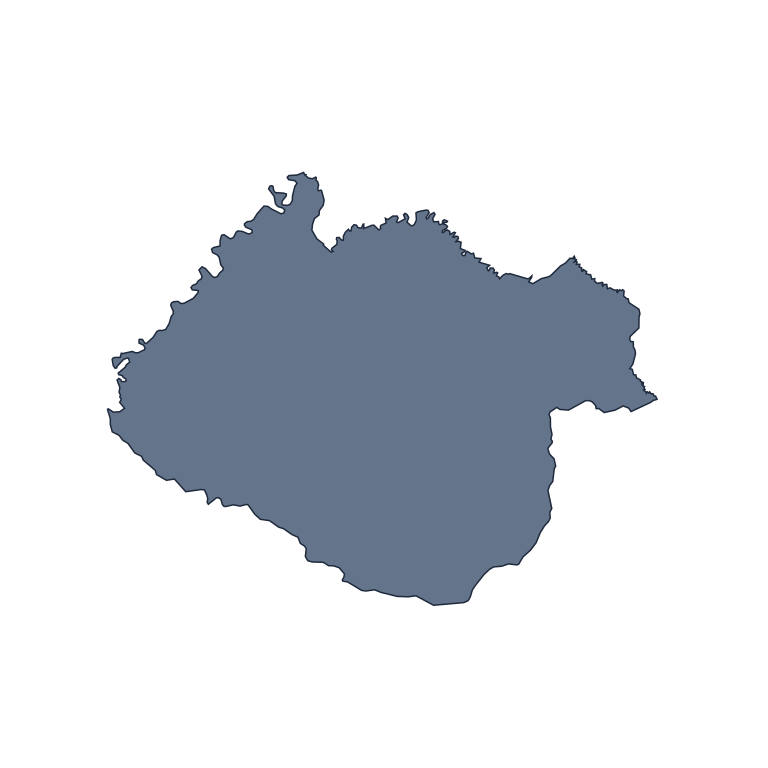 Khutlo-se-Metsi, Thaba-Tseka, Lesotho (Natural Earth projection), rotated 58°
{"feature_id": "5366337B67147005930942", "entity_name": "Khutlo-se-Metsi", "entity_type": "district", "adm_level": 2, "iso_a3": "LSO", "parent_name": "Lesotho", "parent_adm1": "Thaba-Tseka", "projection": "natural_earth1", "projection_center": [28.357, -29.676], "detail": "fine", "context": "isolated", "style": "filled", "palette": "slate", "viewbox_px": 768, "rotation_deg": 58, "n_neighbors": 0, "source": "geoboundaries", "source_scale": "gbopen_adm2", "svg_char_len": 6170}
<svg xmlns="http://www.w3.org/2000/svg" viewBox="0 0 768 768"><g transform="rotate(58 384 384)"><path d="M547.2,512.3L550.0,509.0L553.5,501.1L559.0,497.1L571.2,485.3L577.3,476.2L580.6,469.1L597.9,459.2L611.7,432.1L612.3,427.4L610.3,423.7L605.4,418.1L603.3,413.4L598.6,400.3L597.1,392.9L597.2,388.0L600.9,380.8L602.6,373.7L607.8,367.2L608.2,365.3L604.3,357.8L602.5,347.7L599.2,339.1L592.9,330.3L589.4,323.2L587.8,317.5L585.9,314.2L580.5,311.2L578.5,307.7L561.2,301.4L557.9,297.3L556.1,292.6L546.2,284.6L544.6,281.9L537.5,279.4L531.7,280.7L526.6,279.7L525.2,278.8L523.0,272.6L521.8,271.6L519.3,271.7L515.7,268.2L508.7,265.6L500.8,260.8L497.5,260.3L495.7,258.2L495.4,249.9L498.8,248.3L503.9,241.4L505.0,221.8L506.8,218.9L509.2,217.0L514.4,215.9L517.3,217.2L518.7,214.8L524.9,212.4L528.6,202.0L529.4,192.8L534.0,189.3L538.3,189.1L540.9,167.6L540.6,164.7L541.7,160.5L538.2,160.1L537.6,161.3L534.8,161.0L534.0,162.6L531.4,162.8L531.9,164.3L530.2,164.9L530.8,166.4L529.4,165.9L526.8,167.2L526.3,166.9L526.8,165.6L524.6,165.4L524.2,164.4L522.9,165.4L520.2,163.3L519.7,163.9L520.4,165.0L518.8,164.2L517.6,165.1L516.5,164.4L512.5,166.6L509.8,165.6L508.4,167.4L503.1,165.7L501.2,167.4L498.9,162.3L491.7,154.7L488.1,153.1L484.9,152.9L480.2,150.2L478.8,152.2L476.2,152.0L474.0,149.7L471.6,138.2L462.5,132.3L460.0,129.7L455.7,128.2L445.0,133.1L441.1,131.8L440.4,132.9L436.4,134.2L432.4,131.1L430.5,131.6L430.5,133.4L428.9,134.4L430.1,137.6L429.0,137.7L427.8,136.3L426.5,138.9L422.2,141.4L421.6,144.1L417.6,142.3L416.3,144.6L416.8,146.7L415.3,146.4L414.4,144.8L413.5,145.0L411.6,149.9L408.1,150.9L406.3,149.4L405.2,152.2L400.9,150.9L397.7,154.3L396.1,152.6L392.6,154.3L393.7,155.9L392.9,156.4L390.2,154.9L388.0,156.4L386.3,154.5L384.4,157.5L382.9,155.6L381.8,155.7L381.3,157.8L380.4,155.0L378.1,156.8L378.1,155.2L376.4,155.0L377.5,157.6L375.9,159.6L377.6,166.1L377.4,171.7L380.4,185.1L380.3,187.5L378.0,194.7L377.8,204.6L374.1,207.2L371.8,202.2L370.6,201.3L371.4,205.1L370.7,206.7L357.1,218.8L356.9,220.2L355.1,221.8L354.8,225.4L356.0,230.2L354.1,229.9L351.7,231.3L349.9,228.7L349.0,229.2L348.0,232.3L345.8,230.0L343.5,230.1L341.9,232.5L343.3,234.5L343.3,235.6L339.8,235.2L339.3,231.5L331.1,238.8L329.0,235.3L325.2,240.2L320.5,238.8L320.1,240.9L315.4,243.2L315.8,244.9L317.9,247.2L317.3,248.7L316.0,249.2L314.5,249.1L314.4,245.5L313.7,244.4L309.6,247.5L304.7,243.5L302.6,245.0L301.4,247.6L300.1,243.8L298.1,243.2L296.6,244.8L296.8,247.0L295.8,247.7L293.5,243.3L292.4,244.1L292.2,248.7L289.4,247.4L286.9,248.6L286.5,251.0L287.0,253.1L286.4,254.3L284.8,252.9L285.1,248.9L284.3,246.8L282.6,246.8L280.3,248.4L278.8,247.9L280.1,245.1L279.5,243.9L276.6,245.9L276.9,248.1L279.2,249.4L278.5,252.2L277.4,252.7L275.1,251.7L272.8,255.9L269.7,255.2L267.1,250.8L265.1,250.8L264.8,254.9L266.7,258.6L266.7,260.2L265.2,260.1L262.7,255.0L260.1,254.6L258.8,256.1L255.8,264.2L255.8,266.2L262.1,269.6L264.7,273.6L264.9,276.0L264.0,277.2L258.9,278.7L255.9,274.8L252.6,274.6L250.4,275.7L250.9,277.8L255.1,278.5L254.6,286.5L253.2,287.5L250.7,284.1L248.6,283.8L246.2,287.7L246.6,293.6L244.2,295.0L248.6,296.9L247.8,302.4L248.4,303.6L250.4,304.4L250.7,306.7L243.9,308.4L243.0,310.2L241.4,318.7L237.6,316.4L237.4,317.2L239.9,320.4L237.7,323.2L234.7,323.2L233.0,325.0L233.8,328.2L236.7,331.0L236.0,332.0L233.9,332.2L234.8,336.3L236.9,339.9L240.5,342.4L239.5,343.7L235.9,344.4L234.8,346.5L235.8,347.6L238.0,347.9L240.6,350.1L241.3,356.3L242.3,357.5L244.5,357.0L244.0,359.1L234.3,361.9L233.3,361.0L225.3,364.0L215.3,363.6L210.7,360.0L206.9,355.4L206.2,349.5L202.7,346.9L200.2,340.8L196.3,337.3L186.9,334.5L186.2,334.7L185.3,337.3L183.5,336.8L180.6,334.0L177.3,333.1L174.9,333.6L173.3,332.1L172.4,332.2L172.0,335.8L169.5,338.8L165.5,340.1L165.1,339.3L164.2,340.4L162.0,340.0L160.7,347.0L156.8,354.2L157.4,356.6L160.2,356.6L164.4,351.8L167.7,351.4L169.1,354.8L175.7,361.7L179.8,364.5L181.7,367.9L181.6,370.7L178.9,374.7L177.2,375.3L174.9,373.4L172.7,367.2L171.1,366.1L168.8,368.1L164.1,374.8L161.1,374.9L157.6,373.4L156.4,374.0L155.7,375.9L157.4,378.5L166.6,377.7L173.4,380.4L175.5,380.4L177.6,379.7L180.9,376.8L183.7,375.9L185.9,378.3L185.1,381.1L176.0,386.7L171.8,388.4L169.5,391.5L172.4,401.4L175.3,407.2L175.5,410.4L173.8,414.1L174.2,417.3L175.2,418.2L177.8,418.1L183.1,414.4L185.5,415.3L185.8,416.4L185.0,419.4L179.3,423.5L176.8,426.8L176.8,428.7L180.0,434.0L179.5,437.4L172.6,440.5L171.8,442.9L175.6,447.1L180.1,449.9L177.9,456.4L178.3,458.8L181.7,459.7L186.0,457.1L189.0,456.6L196.6,459.3L200.5,458.8L202.1,460.4L202.7,464.5L204.5,468.2L204.1,471.0L202.1,472.5L191.5,474.2L188.2,476.2L189.2,480.5L196.1,481.2L198.0,483.1L198.1,486.8L199.6,490.0L199.0,494.2L199.9,496.6L202.6,496.7L206.2,492.1L207.9,493.0L210.3,500.3L209.6,510.7L208.2,513.5L204.8,514.9L202.8,518.6L202.6,521.2L204.1,523.1L210.6,524.2L212.9,525.6L214.0,528.7L219.0,534.3L222.0,540.1L221.4,543.2L219.3,546.3L219.1,548.7L222.1,555.2L223.7,563.9L222.4,565.3L218.3,565.2L216.6,567.4L216.7,568.3L219.5,570.1L223.6,567.3L226.9,567.6L228.0,569.0L227.2,575.9L225.7,578.3L223.0,580.2L219.8,589.2L218.7,590.5L221.6,593.6L218.7,598.5L218.5,600.4L219.1,601.5L225.0,603.9L228.2,603.7L228.7,602.0L227.6,601.1L225.1,591.7L226.0,587.9L226.8,587.0L230.7,588.1L231.2,592.3L232.6,594.5L233.9,603.6L235.5,604.0L238.3,601.4L240.0,601.7L243.0,600.2L244.6,600.9L244.7,602.4L242.8,605.4L240.9,604.9L238.8,605.9L239.2,608.3L247.1,609.9L250.5,613.0L254.1,613.5L254.9,614.9L257.9,615.0L259.5,617.9L267.1,616.9L267.5,622.8L264.5,628.4L259.1,630.9L258.9,631.8L260.1,632.3L268.2,634.4L273.4,637.6L280.6,639.8L287.1,635.9L293.0,635.4L298.7,632.6L310.4,631.9L316.9,627.9L321.0,628.5L336.1,623.7L340.3,624.9L350.4,619.5L353.5,612.1L370.3,609.2L376.6,595.0L378.6,592.4L384.8,593.2L388.1,594.4L390.7,596.7L392.9,596.7L391.7,586.5L392.5,584.9L395.3,583.4L400.4,584.9L402.8,584.6L404.0,583.3L406.6,575.8L411.3,570.7L413.2,564.5L414.5,563.3L425.9,562.6L433.2,560.6L439.2,553.5L449.7,549.1L453.5,545.8L462.8,541.9L468.3,538.2L474.9,539.4L479.2,537.3L482.4,537.2L488.6,542.1L493.4,542.3L496.8,539.3L503.1,529.9L508.7,527.3L511.4,523.2L516.0,519.4L524.1,518.2L526.5,520.3L528.1,523.2L529.4,523.4L532.4,519.9L547.2,512.3Z" fill="#64748b" stroke="#1e293b" stroke-width="1.5"/></g></svg>